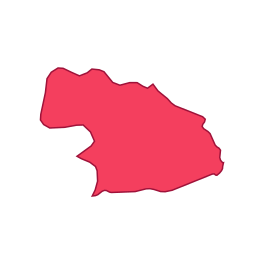 Bijeljina, Natural Earth projection, rotated 55°
{"feature_id": "BIH-4804", "entity_name": "Bijeljina", "entity_type": "state/province", "adm_level": 1, "iso_a3": "BIH", "parent_name": "Bosnia and Herzegovina", "parent_adm1": "", "projection": "natural_earth1", "projection_center": [19.107, 44.733], "detail": "fine", "context": "isolated", "style": "filled", "palette": "rose", "viewbox_px": 256, "rotation_deg": 55, "n_neighbors": 0, "source": "natural_earth", "source_scale": "10m", "svg_char_len": 1096}
<svg xmlns="http://www.w3.org/2000/svg" viewBox="0 0 256 256"><g transform="rotate(55 128 128)"><path d="M106.4,82.4L114.7,82.2L117.8,81.4L126.6,78.9L132.3,78.2L136.8,76.7L161.6,60.4L165.1,59.7L166.9,61.8L167.9,64.7L169.3,66.4L172.0,66.4L176.9,64.5L179.7,64.0L192.0,66.4L194.5,66.0L196.8,65.0L199.3,65.0L204.8,69.8L207.6,70.7L210.4,70.4L211.1,70.0L211.2,69.7L212.2,70.8L213.8,72.5L215.5,73.9L216.6,75.9L217.4,78.8L217.7,82.3L216.7,83.3L215.2,83.6L214.1,85.3L204.3,127.6L201.5,134.1L198.8,137.7L193.2,142.0L190.3,144.8L188.2,148.1L184.2,158.6L171.2,178.7L169.9,179.9L166.9,181.5L165.6,183.0L165.0,185.4L165.3,191.0L164.7,193.5L163.2,196.3L160.0,190.5L154.1,183.4L145.3,177.8L140.9,176.7L134.1,178.9L126.4,183.8L121.9,186.0L121.6,168.5L119.6,163.0L109.7,161.0L99.8,163.0L96.2,168.5L91.1,179.5L83.1,192.1L76.8,195.1L71.2,195.1L66.8,191.6L51.8,175.5L41.1,166.0L38.3,158.9L38.7,150.9L41.9,146.9L49.9,142.4L57.4,137.9L59.4,129.8L59.0,123.8L63.8,118.2L68.1,115.4L81.9,114.4L88.3,110.1L91.8,100.6L96.1,94.5L102.3,91.9L106.6,89.2L106.4,82.4Z" fill="#f43f5e" stroke="#9f1239" stroke-width="1.5"/></g></svg>